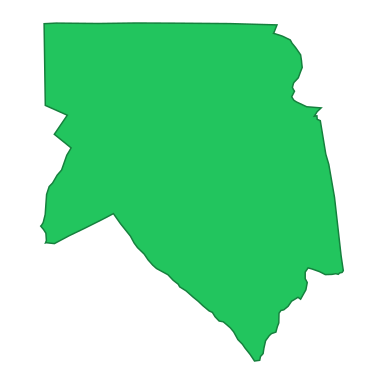 the district of Kankossa, Assaba, Mauritania
{"feature_id": "47542326B30732925248213", "entity_name": "Kankossa", "entity_type": "district", "adm_level": 2, "iso_a3": "MRT", "parent_name": "Mauritania", "parent_adm1": "Assaba", "projection": "albers", "projection_center": [-11.033, 15.705], "detail": "fine", "context": "isolated", "style": "filled", "palette": "green", "viewbox_px": 384, "rotation_deg": 0, "n_neighbors": 0, "source": "geoboundaries", "source_scale": "gbopen_adm2", "svg_char_len": 1602}
<svg xmlns="http://www.w3.org/2000/svg" viewBox="0 0 384 384"><path d="M277.0,24.9L229.6,23.6L178.5,23.2L136.1,23.0L98.4,23.5L56.1,23.1L44.1,23.7L45.3,105.4L67.3,115.2L54.3,134.3L71.1,147.9L69.7,150.4L66.8,155.2L61.6,170.0L57.2,175.1L52.6,183.0L49.2,186.5L46.6,194.4L45.2,214.5L43.2,222.5L41.6,225.2L40.7,226.1L43.6,229.6L45.9,233.2L46.4,240.6L45.5,242.9L46.2,242.7L54.4,243.6L69.2,235.7L84.4,228.4L101.6,219.8L113.4,213.6L120.5,223.7L130.4,236.1L134.2,243.1L137.5,247.6L144.2,254.1L148.1,259.9L152.8,265.2L156.5,268.5L167.9,274.7L173.2,280.3L178.2,284.2L179.7,286.9L186.0,290.8L193.2,297.2L197.9,301.0L203.1,305.9L209.1,310.9L212.4,312.4L215.1,316.8L219.1,321.0L223.3,321.8L230.3,327.8L233.7,331.9L237.9,339.6L242.4,344.2L245.0,348.0L250.1,354.4L254.5,361.0L259.7,360.3L260.5,356.5L263.1,353.6L263.9,348.3L265.6,340.7L269.3,335.6L271.5,333.6L275.9,332.1L277.3,326.8L278.8,322.9L279.0,313.2L280.9,310.5L283.8,309.8L288.1,306.3L291.6,301.2L298.0,297.3L300.6,299.2L305.9,289.8L307.1,283.3L307.2,282.4L305.2,278.7L305.2,272.1L308.1,267.9L312.4,269.1L319.6,271.7L325.3,274.6L331.9,274.4L335.8,273.7L338.3,274.3L339.6,273.0L342.1,272.4L343.3,270.7L341.1,255.8L334.5,197.3L328.8,164.4L325.8,154.2L320.3,120.7L317.2,119.3L316.9,115.8L314.3,116.2L317.2,111.6L321.1,107.9L307.3,106.8L306.8,106.8L296.4,101.9L293.8,100.2L291.7,96.8L294.5,91.2L293.5,89.7L292.4,87.5L293.3,84.0L293.5,83.4L293.9,82.5L298.3,77.8L300.5,71.8L302.2,67.5L301.7,63.1L301.5,60.8L300.6,54.8L295.6,47.6L292.0,43.2L290.3,40.0L283.6,36.7L282.0,36.0L273.6,33.3L273.7,33.2L277.0,24.9Z" fill="#22c55e" stroke="#15803d" stroke-width="1.5"/></svg>